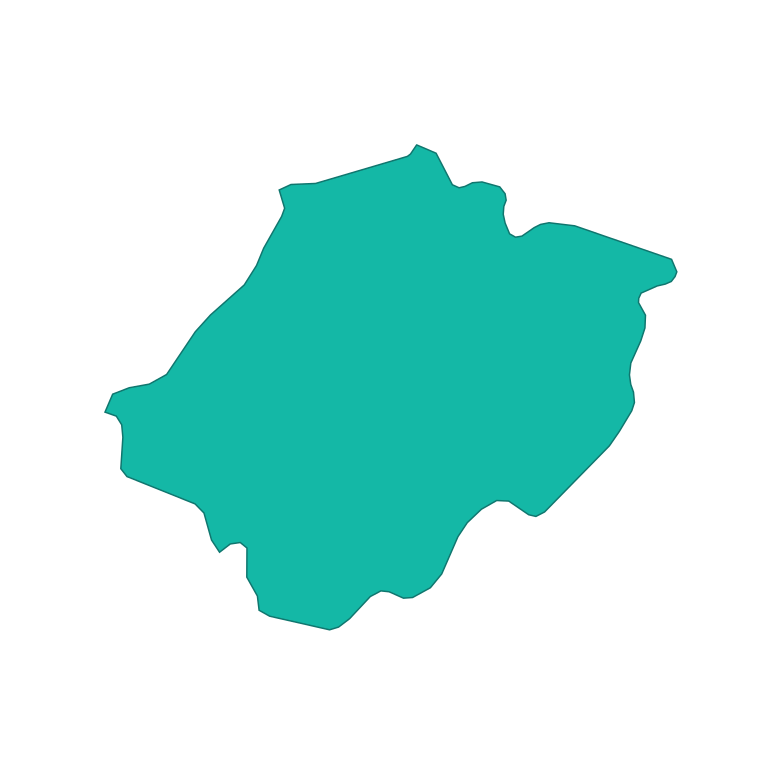 SVG path tracing the border of Essonne, rotated 212°
{"feature_id": "FRA-5289", "entity_name": "Essonne", "entity_type": "Metropolitan department", "adm_level": 1, "iso_a3": "FRA", "parent_name": "France", "parent_adm1": "", "projection": "orthographic", "projection_center": [2.213, 48.526], "detail": "fine", "context": "isolated", "style": "filled", "palette": "teal", "viewbox_px": 768, "rotation_deg": 212, "n_neighbors": 0, "source": "natural_earth", "source_scale": "10m", "svg_char_len": 1287}
<svg xmlns="http://www.w3.org/2000/svg" viewBox="0 0 768 768"><g transform="rotate(212 384 384)"><path d="M216.2,350.8L226.7,344.9L235.0,329.5L239.9,310.5L240.4,293.7L234.4,253.5L236.7,235.8L246.6,218.1L254.0,212.7L269.6,210.5L277.0,206.9L283.0,196.5L288.8,166.8L293.7,153.8L299.9,146.7L357.9,126.5L370.0,125.9L379.0,137.1L398.0,147.5L413.3,172.3L421.9,173.4L429.6,166.9L434.3,154.2L447.6,160.3L468.3,179.2L480.7,182.2L552.9,169.3L562.3,172.7L577.2,200.4L584.8,210.4L594.0,214.9L605.7,212.3L608.7,231.6L598.0,245.9L583.0,259.5L573.4,276.9L571.7,328.4L567.7,350.7L555.0,394.0L554.9,417.0L558.0,435.4L559.6,471.9L561.4,480.4L575.7,493.0L568.6,503.9L548.3,517.8L484.8,589.4L483.4,593.0L483.0,604.0L482.9,604.1L462.1,607.3L431.6,589.2L424.3,590.2L420.1,594.4L415.7,601.5L407.9,607.3L390.3,612.5L382.1,609.5L377.8,604.6L376.5,598.1L372.8,591.1L366.6,584.7L357.1,577.9L350.3,578.2L345.4,582.5L339.5,596.2L335.8,602.3L329.5,608.2L306.1,619.2L206.2,642.1L195.1,634.3L194.1,629.3L194.7,623.2L198.4,617.8L204.3,611.9L214.1,597.4L213.4,591.7L211.3,587.9L198.7,580.9L192.4,569.8L189.1,556.7L185.8,532.6L180.7,521.8L174.5,514.4L168.1,509.3L161.8,501.0L159.7,492.6L159.3,468.4L160.1,451.0L180.0,360.6L185.0,352.2L192.0,349.8L216.2,350.8Z" fill="#14b8a6" stroke="#0f766e" stroke-width="1.5"/></g></svg>